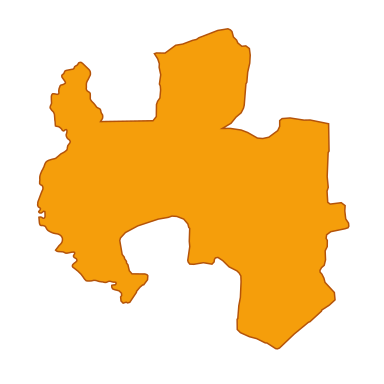 Agua Blanca, Jutiapa, Guatemala (orthographic projection), rotated 177°
{"feature_id": "79465075B57715659618061", "entity_name": "Agua Blanca", "entity_type": "district", "adm_level": 2, "iso_a3": "GTM", "parent_name": "Guatemala", "parent_adm1": "Jutiapa", "projection": "orthographic", "projection_center": [-89.553, 14.461], "detail": "fine", "context": "isolated", "style": "filled", "palette": "amber", "viewbox_px": 384, "rotation_deg": 177, "n_neighbors": 0, "source": "geoboundaries", "source_scale": "gbopen_adm2", "svg_char_len": 5788}
<svg xmlns="http://www.w3.org/2000/svg" viewBox="0 0 384 384"><g transform="rotate(177 192 192)"><path d="M270.0,97.1L267.7,94.6L267.7,92.2L268.8,90.9L268.6,86.9L266.6,84.6L263.5,85.4L262.1,84.6L259.9,85.1L252.8,94.6L252.5,95.8L248.9,99.7L246.1,101.8L245.1,101.8L241.0,106.7L240.5,110.7L241.3,111.8L243.3,112.6L256.2,113.4L258.7,116.6L259.8,122.7L261.1,124.5L261.1,126.2L262.9,129.1L263.0,130.4L265.0,133.3L266.7,147.4L265.8,149.9L260.6,155.0L247.9,161.0L227.1,166.7L217.0,167.9L213.3,169.0L208.4,168.4L201.7,165.4L197.8,160.3L197.1,156.8L196.2,155.8L197.3,142.9L197.1,137.6L199.8,124.0L199.5,122.3L198.0,120.1L194.0,119.7L184.3,120.8L175.8,118.9L173.6,121.0L173.1,123.6L172.0,125.0L169.5,125.3L164.9,121.9L158.9,115.3L151.4,111.0L149.2,108.7L147.6,105.6L147.7,99.8L149.2,84.2L151.2,76.0L152.9,63.1L153.6,62.6L154.0,52.3L151.0,49.0L142.3,44.5L135.1,42.2L126.8,37.5L125.1,37.3L116.6,31.2L114.9,30.9L112.8,31.6L97.3,44.9L82.6,55.8L81.0,56.3L69.0,66.2L68.5,67.4L60.7,71.9L54.8,76.8L55.1,84.2L63.9,94.8L64.8,99.1L66.6,103.2L68.3,105.3L68.3,107.1L66.6,109.7L63.8,111.9L62.2,117.3L62.1,126.3L59.8,130.4L59.4,136.6L60.5,138.7L59.8,142.2L55.5,145.1L41.1,147.3L38.1,148.1L37.2,149.6L37.3,152.7L39.9,157.1L40.4,165.1L39.8,170.4L43.5,173.5L54.6,172.7L57.0,174.6L57.1,185.8L55.7,189.5L56.2,200.2L54.0,224.2L53.0,225.7L52.0,253.0L70.2,257.7L76.3,257.9L90.2,260.8L98.2,260.6L100.7,258.7L101.0,252.9L103.2,248.8L112.4,242.7L118.5,241.7L123.8,242.4L133.3,248.5L139.6,251.3L150.4,253.5L158.4,253.9L149.4,258.6L144.1,264.5L138.8,268.5L136.2,273.0L135.3,276.0L132.5,297.2L131.5,298.7L130.1,308.8L127.6,317.6L126.7,325.6L127.2,332.3L130.6,335.1L134.6,334.9L138.5,338.5L139.5,341.3L142.5,344.6L143.7,350.2L145.2,351.9L147.6,353.1L157.8,352.0L177.0,345.7L179.6,344.1L183.5,343.4L193.5,340.2L200.6,339.4L211.7,332.1L220.2,332.7L222.3,332.1L219.3,326.8L217.9,321.8L218.3,318.2L217.1,310.7L218.9,301.5L218.1,299.6L218.0,295.5L219.1,287.6L221.6,284.4L222.9,281.2L223.7,269.2L227.2,265.2L279.7,267.1L279.0,268.2L278.3,269.0L277.5,270.2L277.2,271.6L277.2,272.8L277.3,273.7L278.0,274.9L278.4,275.6L278.8,277.1L278.9,278.2L279.3,279.4L280.1,280.1L281.6,280.9L282.9,281.8L283.4,282.7L284.1,283.8L285.4,285.6L287.3,287.7L288.2,289.0L288.7,290.3L288.5,294.1L288.5,295.6L289.0,296.7L290.2,297.6L291.0,298.1L291.8,299.1L292.1,300.0L292.2,300.9L292.0,301.8L291.9,304.6L291.7,306.2L291.3,307.3L290.7,308.5L289.7,310.0L288.2,312.8L287.7,313.6L287.3,314.7L287.2,316.2L287.3,317.1L287.5,318.0L287.9,318.8L288.5,319.7L294.4,326.0L295.2,326.7L296.1,327.3L297.1,327.3L298.4,326.9L299.3,325.6L299.8,324.9L300.8,324.3L301.5,324.0L302.5,323.4L303.0,322.7L303.4,321.5L304.7,320.8L305.6,320.8L311.2,320.0L312.4,319.6L313.1,318.5L313.8,317.0L314.6,316.4L315.6,315.7L316.0,314.8L315.8,313.4L313.0,309.0L312.7,308.1L312.8,307.3L314.0,306.6L314.8,306.2L316.3,305.8L317.2,305.7L318.1,305.0L318.6,303.8L319.3,302.3L319.7,300.5L319.8,299.4L319.7,297.9L320.1,297.0L321.5,296.5L322.8,296.9L324.0,297.2L324.8,297.3L325.9,297.4L326.7,296.8L327.3,295.5L327.5,294.5L327.6,291.6L327.6,290.2L327.6,289.2L327.6,288.1L327.9,287.2L328.3,286.4L328.8,285.5L329.1,284.7L329.3,283.4L327.9,281.1L326.3,279.3L325.5,277.5L325.3,276.3L325.2,272.4L325.2,271.1L325.0,269.1L325.0,268.3L325.0,267.5L325.0,266.6L324.9,265.1L323.8,264.7L322.8,264.5L321.8,264.2L320.6,263.4L319.7,262.5L319.0,261.7L318.3,260.4L317.3,259.7L316.2,260.0L315.4,260.8L314.2,260.9L313.7,260.2L313.7,259.1L313.9,257.9L314.3,256.8L314.7,255.7L314.6,254.4L314.2,253.2L313.5,251.9L312.7,251.2L311.6,250.3L310.9,248.7L311.2,247.7L313.6,244.8L314.1,243.1L314.3,241.6L314.8,240.5L315.8,239.7L317.2,238.7L318.8,237.9L319.9,237.4L321.0,236.9L321.6,236.4L322.5,235.7L324.0,234.5L325.0,233.8L326.0,233.0L326.7,232.7L327.7,232.4L329.0,232.2L330.5,231.9L333.3,231.2L334.7,230.6L335.7,230.0L336.5,229.2L337.3,227.9L337.7,227.0L338.1,226.0L338.4,225.1L339.1,224.0L339.9,222.4L340.4,221.7L340.9,220.9L342.2,218.2L342.6,217.2L343.1,215.6L343.3,213.9L343.3,212.2L343.6,210.3L343.7,208.3L342.9,207.2L342.1,206.8L341.4,206.4L340.8,205.2L340.6,203.9L340.7,203.1L341.0,202.1L341.5,201.2L342.7,198.7L345.2,192.9L346.1,190.9L346.5,189.8L346.6,188.5L346.8,187.5L346.8,186.7L346.3,185.3L345.3,184.5L344.6,184.0L344.2,183.2L344.5,182.2L345.0,181.7L346.1,180.5L345.9,179.7L345.0,179.0L343.7,178.9L342.9,179.3L342.3,179.8L341.2,180.5L340.0,180.2L339.9,179.2L340.0,175.8L340.1,174.9L340.6,174.0L341.3,173.5L342.4,173.7L343.4,174.6L344.8,175.0L346.2,174.8L346.0,169.1L345.8,168.0L345.3,166.9L344.4,166.4L343.2,166.4L342.2,166.2L340.9,165.7L340.1,165.0L339.3,163.3L338.9,162.5L337.9,161.2L336.8,160.4L335.7,159.7L334.4,159.0L333.1,158.4L332.3,158.1L330.5,157.6L328.9,157.3L328.2,157.1L326.5,156.3L325.2,155.2L324.7,154.5L324.0,153.2L323.8,151.9L323.9,151.1L324.0,150.1L324.4,148.9L325.1,147.8L326.2,146.6L327.6,145.4L329.1,143.6L331.3,141.1L330.5,140.3L329.7,139.8L328.5,139.5L327.6,139.4L326.5,139.3L325.0,139.1L324.1,139.0L323.3,138.7L322.2,138.0L321.1,137.5L319.6,137.5L315.2,138.2L313.3,138.2L312.5,137.9L312.3,137.1L312.7,136.0L313.6,134.9L313.7,133.7L313.1,132.8L312.2,132.2L311.1,131.5L310.6,130.6L310.5,129.4L311.3,128.5L312.2,127.8L313.4,127.0L314.6,126.0L315.1,125.4L315.4,124.3L314.9,123.1L313.9,122.3L312.5,121.1L311.8,120.5L311.1,119.8L310.4,119.3L307.0,115.6L305.1,112.7L303.9,110.7L303.2,109.9L302.3,108.9L300.8,108.6L299.1,108.5L298.2,108.5L297.3,108.5L295.9,108.7L295.0,108.9L294.1,108.9L293.3,108.8L292.0,108.5L291.3,108.2L290.5,107.9L289.4,107.5L286.9,107.0L285.9,106.9L284.1,106.3L282.7,106.2L281.8,106.4L280.7,106.9L279.9,107.1L278.7,107.2L277.7,106.9L276.9,106.6L275.3,106.1L274.4,106.1L272.9,105.8L272.5,104.8L273.2,103.5L274.0,103.3L275.5,103.3L277.0,103.0L277.1,101.7L277.0,100.9L276.3,99.4L275.1,98.8L273.8,98.3L272.3,97.9L270.0,97.1Z" fill="#f59e0b" stroke="#b45309" stroke-width="1.5"/></g></svg>